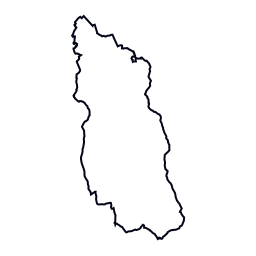 Eremitu, Mures, Romania (Equal Earth projection), rotated 94°
{"feature_id": "2599482B4577916371585", "entity_name": "Eremitu", "entity_type": "district", "adm_level": 2, "iso_a3": "ROU", "parent_name": "Romania", "parent_adm1": "Mures", "projection": "equal_earth", "projection_center": [24.922, 46.656], "detail": "fine", "context": "isolated", "style": "outline", "palette": "ink", "viewbox_px": 256, "rotation_deg": 94, "n_neighbors": 0, "source": "geoboundaries", "source_scale": "gbopen_adm2", "svg_char_len": 5769}
<svg xmlns="http://www.w3.org/2000/svg" viewBox="0 0 256 256"><g transform="rotate(94 128 128)"><path d="M89.0,181.8L91.0,181.5L92.1,181.7L93.3,182.2L93.7,181.8L94.6,182.0L96.2,182.7L99.4,184.6L99.8,184.5L99.9,184.1L100.4,184.2L100.8,184.1L101.6,183.1L101.9,183.1L102.4,182.8L102.5,182.6L103.0,182.0L104.5,180.0L105.0,179.4L105.1,178.4L104.5,178.0L104.5,176.9L104.4,176.1L105.0,175.5L105.0,174.5L105.6,173.9L105.7,173.3L106.0,172.9L107.7,171.8L109.0,170.1L111.1,169.4L111.6,168.6L113.2,167.7L115.8,167.3L116.5,167.4L117.2,167.3L117.9,167.1L119.4,168.0L122.5,168.7L124.1,170.3L124.5,171.4L126.5,172.6L129.8,174.0L130.5,173.7L133.8,171.6L136.8,171.3L139.3,170.8L140.6,171.3L142.8,171.3L143.6,171.0L145.9,170.9L150.8,171.4L152.3,171.9L154.1,171.7L155.8,171.8L160.4,172.8L162.5,172.7L166.4,171.7L172.8,168.9L174.7,168.4L178.7,168.0L179.5,167.7L181.3,166.6L184.0,164.5L186.8,164.1L189.0,163.2L190.6,163.3L191.7,163.1L194.1,161.1L194.6,160.8L196.9,160.3L193.8,156.4L193.8,155.9L194.7,156.0L197.6,155.1L198.2,154.8L201.1,154.9L203.2,154.4L205.0,153.8L206.0,153.2L206.3,152.3L206.2,150.7L205.8,148.7L206.0,146.9L205.9,146.1L204.8,144.3L204.7,143.6L204.3,142.1L204.0,141.3L203.9,140.2L203.9,139.9L206.4,139.2L206.9,139.2L207.7,139.5L209.0,139.1L209.4,138.8L209.7,138.6L209.8,138.4L209.7,138.2L209.7,137.8L208.9,136.8L213.3,135.6L216.3,134.3L217.9,134.4L221.7,134.2L222.4,134.3L223.6,134.8L223.7,134.6L224.5,134.1L225.2,133.9L224.1,133.5L224.2,133.4L224.1,132.7L224.8,131.6L225.8,129.6L226.7,128.5L226.9,127.8L226.9,127.4L227.0,127.1L227.2,126.8L227.7,126.6L232.1,122.8L232.2,122.5L232.0,121.6L231.7,121.3L231.3,120.7L231.1,120.1L230.7,117.4L228.8,113.7L229.2,112.8L229.0,111.9L227.8,109.5L227.2,109.0L227.1,108.7L225.8,108.1L223.5,106.4L224.1,105.2L226.4,104.9L226.3,104.0L226.9,102.0L227.8,100.4L228.5,98.8L228.9,98.7L229.2,98.0L231.1,95.8L231.3,95.4L231.7,94.1L233.2,93.0L234.7,91.7L236.6,90.6L236.3,90.3L236.4,90.1L236.4,89.7L236.2,89.5L235.4,89.4L235.2,89.3L235.2,88.9L235.8,88.5L235.8,88.3L235.6,87.8L236.3,87.0L236.2,86.6L236.0,86.3L235.6,86.0L235.1,85.7L234.2,85.5L233.8,85.2L233.2,84.1L233.0,83.9L232.4,83.5L231.4,82.5L230.9,82.2L230.4,81.5L230.1,81.4L229.3,81.3L228.6,80.3L228.1,79.7L226.9,77.7L226.8,77.1L226.7,76.9L226.7,75.7L226.3,75.2L226.2,74.5L226.3,73.5L224.5,69.9L222.6,69.3L221.4,67.4L216.5,65.8L213.2,65.8L212.0,67.2L210.9,67.9L210.4,68.5L208.5,69.3L208.1,70.4L204.5,68.8L203.5,69.4L202.3,70.2L200.4,71.1L199.5,71.8L198.9,72.5L198.2,73.0L196.8,74.2L194.9,75.0L193.6,75.6L191.2,76.1L189.4,76.7L188.0,77.6L185.3,79.4L182.2,80.4L181.3,80.9L180.0,81.8L179.5,82.6L178.7,83.4L176.4,85.2L174.7,85.5L174.1,85.9L173.3,86.4L172.2,86.3L171.8,86.2L171.0,86.2L170.2,85.7L168.8,85.5L168.0,85.6L167.6,86.6L166.9,86.9L166.5,87.7L162.9,88.8L160.1,88.6L156.5,89.5L152.2,89.4L151.1,88.4L148.6,86.1L147.1,85.1L144.6,85.5L142.6,85.5L141.9,85.6L141.3,86.1L140.1,86.7L139.5,86.8L139.1,87.1L138.2,87.2L137.2,87.6L136.0,88.8L135.3,89.3L134.4,89.1L134.0,89.1L132.7,89.7L130.3,91.3L129.6,91.5L126.6,92.9L125.2,93.0L124.7,93.3L124.1,93.8L123.3,94.0L120.9,94.8L120.0,95.3L118.5,96.2L118.0,96.3L116.5,95.9L116.1,95.9L115.3,95.9L114.7,96.0L113.5,96.6L112.4,97.6L112.2,97.9L112.1,98.5L111.5,99.7L110.3,101.4L110.1,101.9L110.0,103.2L109.8,103.7L109.0,104.4L108.6,105.9L108.4,106.3L106.8,108.2L105.3,109.1L104.8,109.1L103.9,109.0L102.7,108.6L101.4,109.0L101.5,109.3L101.4,109.4L100.7,109.2L100.1,109.3L98.1,109.6L97.5,110.0L96.8,110.7L96.6,110.8L96.4,110.6L96.0,110.7L95.3,111.0L94.1,112.3L93.5,113.2L93.1,113.4L92.4,113.2L91.5,112.7L89.9,112.4L87.2,110.7L86.2,109.8L84.3,108.8L83.0,109.2L81.6,109.2L79.2,108.4L77.6,109.7L76.6,110.4L75.4,111.1L74.4,111.0L73.3,110.6L71.2,110.3L70.0,109.9L69.6,110.0L67.7,110.6L67.0,110.3L66.2,109.9L65.6,109.9L64.9,110.0L64.0,110.5L63.3,111.1L62.5,111.3L62.1,111.5L61.6,112.1L60.4,113.4L59.6,114.0L59.6,114.4L59.8,115.0L59.5,115.9L59.2,116.4L56.9,119.0L56.7,119.4L57.1,120.2L57.8,120.0L58.0,122.0L58.1,122.7L58.1,123.3L57.6,124.7L58.0,125.0L59.1,125.2L61.1,124.8L61.2,126.8L61.7,127.8L59.9,128.3L59.6,128.2L59.4,128.7L58.6,129.3L58.3,129.4L58.0,129.3L56.5,128.6L56.3,128.1L56.4,127.0L56.5,126.5L56.7,126.1L56.5,125.8L55.7,125.9L55.7,126.1L55.5,126.4L54.6,126.4L54.5,126.6L54.2,126.8L53.5,126.7L53.0,127.3L52.5,127.3L52.5,127.5L52.2,127.7L51.6,127.7L51.2,127.9L51.2,128.2L51.3,128.6L51.2,128.9L50.7,129.5L50.4,130.4L50.0,131.1L49.8,131.5L49.9,131.9L49.0,133.2L48.9,133.6L48.5,133.9L48.3,134.3L48.6,134.8L48.6,137.1L49.2,138.4L49.0,138.8L48.8,139.1L48.7,139.3L48.8,139.6L46.2,139.6L45.9,140.6L46.3,142.2L47.3,143.9L41.7,147.0L36.0,150.0L36.3,151.5L36.8,152.3L37.2,153.1L37.2,153.9L37.5,155.2L38.3,156.4L38.3,157.1L38.1,157.3L37.8,158.6L37.9,159.2L38.3,159.9L38.3,160.3L37.6,161.2L37.4,162.1L36.2,164.3L35.6,165.5L35.0,165.4L27.3,168.4L28.2,170.7L28.3,170.7L19.4,180.0L21.7,181.8L20.4,183.4L21.9,185.2L26.2,188.3L26.6,188.2L27.5,187.4L28.8,188.5L28.9,188.2L28.8,187.8L29.0,187.7L29.8,188.0L30.0,188.0L30.4,187.8L30.9,187.3L31.1,186.7L31.3,186.5L31.7,186.8L32.3,187.0L33.2,187.4L34.2,188.1L35.7,188.7L36.3,188.9L38.5,189.4L39.0,189.7L39.3,190.0L39.8,190.2L40.8,189.3L40.5,189.0L40.2,187.5L40.5,187.3L41.6,187.3L42.3,187.6L43.0,187.5L45.6,187.5L46.1,187.7L46.5,188.2L47.6,188.2L47.8,188.1L48.0,187.5L47.0,186.8L46.8,186.6L46.8,186.4L46.9,185.9L47.6,184.8L48.0,185.0L48.9,184.6L49.0,184.6L49.7,185.7L49.8,185.7L50.0,185.3L50.2,185.2L50.4,185.2L51.1,186.4L51.7,186.5L52.0,186.7L52.5,187.6L52.5,187.9L53.0,187.9L56.6,186.4L57.0,186.1L57.6,185.2L57.2,184.2L57.3,183.3L57.7,182.8L57.7,182.5L58.0,181.4L58.3,181.2L58.6,180.0L60.2,182.0L62.3,181.5L62.9,181.8L65.1,183.7L66.2,183.4L72.7,180.1L74.2,179.7L75.0,180.3L76.1,180.7L78.2,183.1L79.4,182.9L80.5,183.1L81.6,183.0L81.9,182.5L82.0,182.5L85.3,182.9L89.0,181.8Z" fill="none" stroke="#020617" stroke-width="2"/></g></svg>